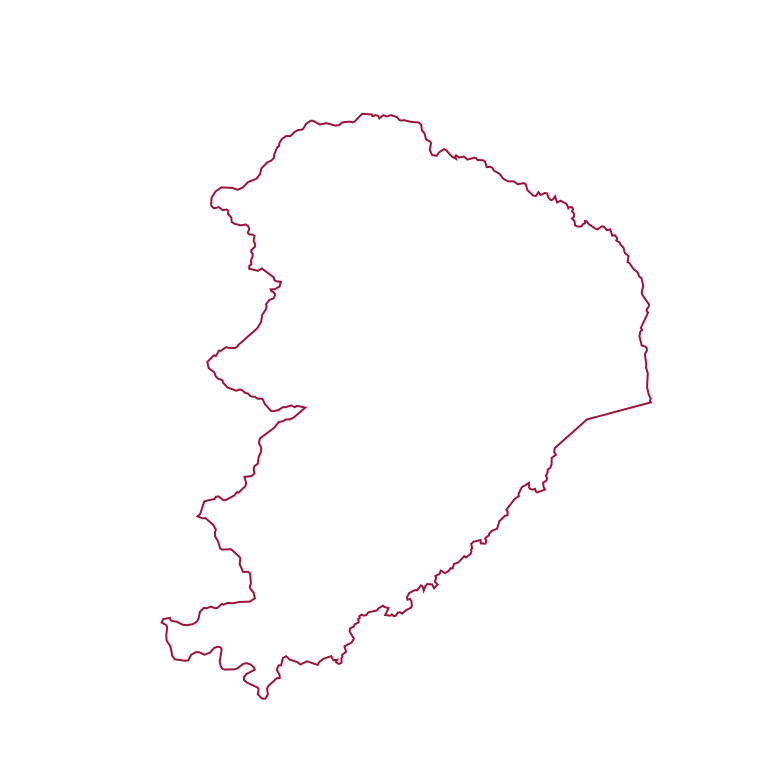 Arraias, Tocantins, Brazil (orthographic projection), rotated 345°
{"feature_id": "56859067B87570959920414", "entity_name": "Arraias", "entity_type": "district", "adm_level": 2, "iso_a3": "BRA", "parent_name": "Brazil", "parent_adm1": "Tocantins", "projection": "orthographic", "projection_center": [-47.118, -12.82], "detail": "fine", "context": "isolated", "style": "outline", "palette": "rose", "viewbox_px": 768, "rotation_deg": 345, "n_neighbors": 0, "source": "geoboundaries", "source_scale": "gbopen_adm2", "svg_char_len": 6166}
<svg xmlns="http://www.w3.org/2000/svg" viewBox="0 0 768 768"><g transform="rotate(345 384 384)"><path d="M442.0,120.5L432.8,117.3L423.6,122.9L421.5,123.2L419.1,121.8L413.1,120.7L410.8,120.7L407.8,122.4L403.8,121.8L395.8,117.1L389.2,116.8L383.4,111.3L381.3,110.7L376.1,112.6L372.2,116.4L370.4,117.1L366.9,116.4L362.8,117.4L357.8,120.3L353.6,119.2L348.6,121.0L345.1,124.5L344.1,127.1L342.1,127.7L337.1,134.3L336.4,137.0L332.7,139.1L328.6,139.7L321.4,144.0L318.6,149.2L313.9,152.7L304.9,153.8L298.4,157.7L292.8,158.5L288.2,155.3L277.8,152.0L271.3,154.3L265.6,159.6L263.3,166.4L263.8,168.2L265.5,170.4L270.2,170.4L273.2,174.4L277.2,174.7L278.5,176.2L277.4,179.2L279.6,183.9L278.8,187.9L281.1,190.6L286.8,193.7L291.9,194.2L293.7,196.6L293.9,199.5L291.5,202.8L292.9,204.9L295.7,205.6L297.3,207.6L295.2,211.7L295.7,216.1L294.7,218.1L290.7,220.2L289.9,222.0L290.9,224.3L289.9,227.0L287.4,230.3L286.9,234.1L284.5,235.0L283.7,237.8L291.6,242.1L295.8,240.7L305.2,252.6L304.9,254.8L306.3,256.8L310.9,258.7L308.2,262.9L302.9,264.2L299.0,263.3L299.3,265.2L301.3,267.0L302.1,269.2L300.9,271.1L299.3,272.8L295.3,273.0L290.6,276.5L290.8,278.3L289.6,280.9L284.0,286.0L281.5,292.1L276.0,297.4L253.5,308.5L251.8,310.0L249.4,310.7L243.0,308.8L241.4,307.6L234.8,309.7L233.3,309.0L228.9,313.4L227.0,312.3L219.0,317.0L218.8,323.4L223.1,328.9L223.5,333.2L224.7,335.5L228.9,338.6L228.8,340.9L231.8,346.7L239.4,352.2L243.3,352.0L245.2,353.1L247.6,356.7L250.0,357.9L252.1,361.4L256.1,363.1L258.0,365.4L262.8,366.9L263.8,372.6L267.9,380.7L270.1,381.7L274.7,381.9L280.8,380.2L283.1,381.0L288.6,380.6L291.9,383.4L294.1,382.5L301.9,386.4L288.2,393.0L284.1,393.8L279.8,392.8L276.7,393.8L272.3,393.5L267.1,397.6L249.9,404.6L247.9,408.6L248.8,413.2L247.9,417.5L244.2,421.8L241.3,428.5L237.7,429.7L236.1,432.1L235.8,436.8L232.1,438.6L225.2,437.6L225.2,444.3L223.6,446.8L215.4,451.3L214.1,450.3L210.6,452.9L200.6,455.2L198.7,454.6L195.3,449.8L192.4,449.4L190.6,451.2L180.1,450.8L172.8,462.0L169.6,463.5L173.9,466.8L176.7,467.2L182.6,475.8L183.9,481.2L182.4,483.2L181.4,487.5L183.0,493.2L183.2,500.6L184.6,502.0L193.5,504.0L199.7,513.6L200.0,515.6L198.0,520.5L199.2,529.0L204.3,530.3L205.6,532.4L203.8,542.4L201.9,544.9L201.9,547.2L204.1,551.7L203.8,557.6L198.0,559.5L188.3,557.2L180.9,556.6L176.3,555.0L171.7,555.6L170.6,554.3L165.2,557.2L162.9,556.9L159.4,554.3L154.4,554.7L152.0,553.6L147.3,556.4L143.8,563.2L141.7,565.1L137.4,566.5L130.9,565.9L127.2,564.4L121.9,559.7L117.8,558.1L116.6,556.4L116.6,554.5L110.0,553.9L107.4,556.9L111.3,560.6L111.6,563.1L108.7,570.1L107.6,575.6L109.8,582.3L109.1,591.5L110.7,595.8L120.0,599.8L123.4,600.4L127.7,595.6L132.9,594.4L135.6,595.0L140.4,599.0L146.1,598.6L151.6,595.0L155.1,594.7L157.9,595.9L158.5,598.3L153.4,609.7L153.4,615.1L154.2,617.3L156.2,618.6L165.8,620.9L168.2,620.9L175.7,617.9L179.1,618.1L182.9,620.7L185.0,624.2L185.3,626.5L176.3,628.4L173.1,630.6L172.1,633.6L174.3,636.9L183.4,644.6L183.8,646.7L181.8,650.9L184.6,656.1L188.0,657.3L191.5,653.7L192.2,648.0L194.0,645.8L204.5,640.4L207.2,641.0L207.8,638.2L206.4,632.1L209.4,628.6L211.8,629.1L215.5,622.5L219.0,621.6L221.7,626.0L228.2,630.1L230.7,633.3L237.8,631.9L247.3,638.2L249.4,635.8L254.7,633.7L262.5,633.2L263.7,637.8L267.4,638.3L265.5,640.0L267.6,642.5L269.9,642.6L271.2,641.5L271.7,638.0L273.2,636.9L273.4,634.9L278.1,632.8L277.9,627.2L286.0,625.2L289.0,622.3L286.8,614.2L288.0,611.3L292.0,610.6L293.5,608.6L297.9,607.6L298.2,604.4L300.0,603.8L300.0,601.9L302.4,601.0L304.6,602.5L307.2,602.5L309.8,600.5L318.6,600.9L321.0,599.1L325.7,597.9L326.7,599.5L330.4,601.7L325.3,607.5L330.5,609.5L331.9,608.6L333.2,610.7L335.2,610.9L338.2,608.4L340.5,608.6L342.3,610.5L346.6,608.1L352.2,607.1L353.5,605.4L354.3,600.9L353.5,598.3L350.9,598.5L350.9,596.0L354.5,592.3L360.4,591.1L362.6,591.9L367.5,588.1L368.9,589.6L368.9,593.9L371.6,590.0L374.0,588.4L378.6,590.1L379.5,594.3L383.9,591.6L381.9,588.0L384.3,584.8L383.8,582.8L388.6,581.8L390.5,578.9L394.1,582.5L398.6,581.0L400.6,579.1L402.5,580.0L405.1,575.9L409.7,575.6L417.0,571.0L418.2,572.8L423.4,570.7L425.1,568.5L425.2,566.6L426.6,565.7L426.9,561.0L429.7,559.5L436.9,559.7L436.2,563.0L440.6,564.5L442.3,561.9L441.7,559.6L443.0,558.5L446.2,557.4L447.0,555.6L450.2,553.7L455.7,553.1L460.0,546.3L466.9,542.5L469.3,542.8L470.4,539.4L469.7,537.0L480.9,528.6L485.2,527.3L485.4,525.1L490.3,519.5L498.5,517.0L497.4,521.7L498.1,523.3L499.9,524.4L502.8,524.4L502.8,527.0L504.0,528.4L512.2,527.6L511.5,525.1L512.1,520.6L515.9,519.3L517.2,517.2L516.5,514.7L519.3,511.5L519.8,509.1L522.8,508.0L525.0,505.2L526.9,498.7L531.8,496.9L530.7,493.7L532.3,490.2L571.0,470.7L637.0,470.8L636.6,468.9L637.9,467.1L637.0,463.0L637.3,455.1L641.6,441.8L641.3,435.3L642.4,433.2L643.7,422.7L646.4,420.0L647.1,417.7L646.3,415.6L642.9,413.5L643.1,403.9L645.2,399.7L647.4,398.6L646.5,396.4L657.6,383.3L656.6,382.0L657.0,380.0L659.7,377.8L660.6,375.7L656.8,365.4L656.5,362.6L659.8,356.2L660.1,348.5L658.4,346.2L657.9,341.9L654.5,337.1L652.5,330.9L650.8,329.3L653.3,323.7L650.5,319.7L650.6,314.3L648.4,310.5L648.4,308.7L645.5,305.4L646.9,304.0L646.4,301.9L645.5,300.0L642.8,299.8L642.6,293.2L639.1,293.1L637.3,289.2L635.2,288.0L630.3,290.0L628.8,289.0L623.2,282.7L621.8,279.1L620.2,278.5L619.6,280.8L617.6,281.1L615.4,282.9L611.3,281.8L609.7,280.3L610.1,275.4L608.4,272.8L611.0,271.4L611.6,268.3L610.3,265.7L611.9,264.0L611.6,262.1L609.1,261.2L607.5,262.0L607.0,257.4L602.1,252.7L598.1,253.4L597.8,247.0L594.8,249.6L592.8,249.6L591.0,246.4L590.9,242.2L588.9,241.1L584.2,242.0L582.8,238.6L579.3,241.8L576.7,240.4L572.6,233.6L572.7,228.0L571.3,226.2L564.7,225.6L562.1,222.0L556.2,220.3L553.8,218.1L552.2,216.4L550.2,211.1L545.6,206.5L544.5,203.1L542.9,201.8L539.3,201.1L539.2,195.4L537.9,193.7L532.2,191.7L531.4,189.7L530.1,188.8L522.6,188.8L520.1,185.0L515.0,184.6L512.8,181.9L511.6,182.9L511.8,185.1L508.4,181.8L504.4,174.0L502.7,172.6L496.9,174.6L494.1,177.2L489.8,175.4L488.8,170.1L491.8,163.3L491.1,161.5L488.0,158.8L487.9,152.2L486.2,148.7L487.1,143.5L485.5,140.5L477.7,137.7L471.6,134.3L469.0,134.1L467.0,132.8L465.6,129.4L460.2,126.1L455.8,126.3L453.0,124.2L448.2,126.2L447.7,123.5L445.7,122.2L442.1,122.2L442.0,120.5Z" fill="none" stroke="#9f1239" stroke-width="2"/></g></svg>